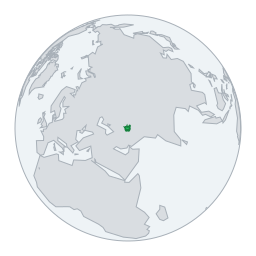 globe centered on Hirat, rotated 320°
{"feature_id": "AFG-1742", "entity_name": "Hirat", "entity_type": "Province", "adm_level": 1, "iso_a3": "AFG", "parent_name": "Afghanistan", "parent_adm1": "", "projection": "orthographic", "projection_center": [62.522, 34.206], "detail": "fine", "context": "on_globe", "style": "filled", "palette": "green", "viewbox_px": 256, "rotation_deg": 320, "n_neighbors": 0, "source": "natural_earth", "source_scale": "10m", "svg_char_len": 11679}
<svg xmlns="http://www.w3.org/2000/svg" viewBox="0 0 256 256"><g transform="rotate(320 128 128)"><circle cx="128" cy="128" r="113" fill="#eef3f6" stroke="#a8b0b8"/><path d="M143.0,16.4L145.0,16.8L155.1,19.8L160.5,21.2L157.6,20.8L169.3,24.0L176.2,27.3L167.0,23.5L165.0,23.0L169.0,24.9L167.9,25.0L169.1,26.0L167.4,25.9L162.1,24.1L160.9,24.1L163.8,25.5L163.9,26.6L159.8,24.4L159.5,26.2L150.7,24.0L141.2,19.5L135.0,19.4L121.5,17.9L121.4,18.5L116.2,18.7L114.1,19.5L112.2,19.3L112.1,20.2L114.2,20.3L114.9,20.8L113.9,21.4L111.3,21.1L111.4,20.7L110.1,21.0L109.3,20.6L109.1,21.1L106.1,20.9L107.5,22.0L103.8,22.7L102.2,22.3L104.4,21.1L106.4,18.3L105.5,18.1L102.0,18.7L90.9,22.0L89.0,22.5L85.0,23.9L85.0,24.1L88.2,23.0L87.3,23.9L91.3,22.8L91.5,23.1L94.8,22.8L92.0,24.2L87.6,25.9L84.7,26.4L82.7,27.3L83.5,28.1L76.4,30.7L68.7,35.4L67.1,36.1L67.3,34.6L71.9,31.0L72.2,30.2L69.7,32.2L65.8,34.4L64.2,35.5L63.0,36.4L63.6,36.3L61.8,37.5L63.6,35.6L65.2,34.5L64.7,35.0L66.8,33.5L67.4,33.1L74.2,29.1L81.2,25.5L88.6,22.5L96.1,20.0L103.7,18.0L111.5,16.6L119.3,15.7L127.2,15.4L135.2,15.6L143.0,16.4ZM164.6,22.3L162.3,21.4L165.0,22.3L164.6,22.3ZM169.6,26.2L170.6,26.5L170.9,26.9L169.6,26.2ZM96.1,22.0L95.5,22.4L95.2,22.3L96.1,22.0ZM98.1,21.6L98.3,21.2L99.3,21.0L99.2,21.2L98.1,21.6ZM168.4,27.3L168.4,28.1L167.5,27.0L168.4,27.3ZM97.7,22.2L101.0,20.6L102.7,20.2L103.8,20.9L97.7,22.2ZM167.8,28.3L168.0,30.5L170.3,31.2L163.9,30.6L165.9,28.8L164.3,27.2L166.4,28.2L167.8,28.3ZM115.4,20.1L113.1,20.0L116.0,19.6L115.4,20.1ZM117.1,19.7L125.0,18.2L127.9,18.8L124.7,19.1L129.2,19.6L126.7,20.6L123.7,20.5L122.3,19.9L122.4,20.8L117.1,19.7ZM160.3,30.0L159.6,30.3L159.4,29.6L160.3,30.0ZM115.4,20.9L116.8,20.5L119.4,20.9L117.2,21.9L117.0,21.5L115.4,20.9ZM131.6,19.4L133.2,20.0L131.6,20.9L131.9,21.3L126.9,20.7L131.6,19.4ZM115.9,21.7L116.0,22.5L113.8,22.8L114.3,21.4L115.9,21.7ZM121.0,20.7L122.1,21.0L120.8,21.1L121.0,20.7ZM106.1,24.9L107.6,24.2L109.1,24.3L106.1,24.9ZM116.2,22.7L116.9,22.6L117.7,22.6L117.3,23.3L116.2,22.7ZM126.1,21.5L125.1,21.8L128.1,21.8L127.0,22.6L123.9,22.1L124.8,22.7L124.5,23.0L122.2,22.3L126.1,21.5ZM119.1,24.0L114.7,23.9L111.5,25.1L110.1,25.0L115.5,23.1L119.1,24.0ZM121.2,23.0L119.6,23.6L118.6,23.0L119.1,22.3L121.2,23.0ZM127.5,23.5L129.9,22.3L130.5,22.4L127.5,23.5ZM118.4,24.4L119.5,24.5L118.3,24.6L118.4,24.4ZM124.9,23.8L125.7,23.3L126.4,23.5L124.9,23.8ZM121.0,25.0L119.6,24.9L119.8,24.4L121.0,25.0ZM122.9,24.6L123.7,25.0L120.8,24.3L123.2,24.3L122.9,24.6ZM125.4,24.1L126.1,24.1L125.0,24.3L125.4,24.1ZM120.7,27.2L117.1,26.5L117.7,25.3L121.2,26.1L120.7,27.2ZM20.4,134.0L20.7,114.8L23.0,110.9L25.2,104.0L43.0,92.4L44.8,96.5L56.5,101.8L57.6,103.6L54.0,108.5L61.1,120.8L65.9,117.6L74.5,125.5L81.5,127.7L87.9,117.9L76.3,114.1L76.5,108.2L87.4,106.8L97.8,110.5L98.2,108.4L93.4,102.0L97.6,99.0L92.0,99.5L92.9,102.1L89.4,102.6L88.3,100.3L89.9,99.2L87.2,97.3L80.6,103.2L80.9,106.5L72.9,104.9L72.5,110.3L69.7,111.7L69.2,103.1L70.7,100.6L68.3,90.1L66.1,92.5L68.2,102.7L66.7,101.3L63.7,105.1L64.8,101.1L63.2,89.7L57.2,87.9L46.3,94.1L43.5,92.6L42.6,88.2L49.7,78.8L55.3,83.3L57.9,80.4L59.5,74.3L61.0,76.3L62.4,74.5L64.7,76.1L70.7,73.8L73.6,75.0L78.5,70.0L80.6,70.1L77.1,72.9L76.1,75.8L83.4,79.2L85.6,78.7L88.2,75.3L89.9,76.9L91.5,73.1L97.0,73.7L91.7,70.0L94.7,66.4L99.4,64.7L99.4,63.0L91.7,65.8L89.5,67.6L89.2,70.1L82.3,74.9L79.3,74.7L82.8,67.5L78.8,66.5L83.3,61.7L101.3,56.5L107.5,56.7L112.2,64.6L109.3,66.4L106.1,64.4L106.6,69.6L107.7,67.5L109.1,69.0L112.3,66.3L113.4,67.2L114.6,63.2L116.3,64.0L115.6,66.6L121.8,63.7L126.1,64.9L127.0,63.8L126.7,62.3L132.4,65.1L132.8,64.2L131.0,62.9L130.7,60.4L132.2,57.2L134.1,58.3L133.8,59.6L136.0,64.2L134.9,67.8L135.8,68.0L137.2,65.2L134.6,59.5L135.0,57.3L136.7,59.7L136.1,58.6L136.9,57.9L139.5,58.3L137.8,55.6L144.0,47.0L149.6,47.3L150.4,50.2L156.8,46.4L162.6,47.6L160.9,46.3L162.9,44.1L161.1,43.6L160.5,42.9L164.7,37.7L167.1,37.5L167.1,34.5L166.3,33.9L164.5,33.8L163.9,30.6L170.3,31.2L171.8,32.4L174.8,32.3L177.9,35.2L181.8,37.7L183.5,41.4L186.5,43.3L187.3,43.1L191.9,45.8L198.7,52.6L189.6,48.0L178.8,39.3L182.9,42.8L180.9,42.4L181.7,44.0L184.7,46.6L185.7,46.6L185.0,54.0L190.1,62.9L192.3,60.6L195.7,61.8L203.4,71.4L206.5,89.0L211.0,92.1L212.6,95.1L211.5,98.3L209.2,94.0L206.4,93.8L205.2,91.0L202.8,95.2L201.0,91.5L200.0,96.9L202.5,99.2L205.3,96.6L205.1,103.3L210.5,106.5L213.2,112.5L211.3,126.8L206.3,133.3L206.4,135.4L203.3,134.4L200.8,139.8L207.9,148.5L208.3,151.7L203.4,160.1L203.0,157.9L194.8,155.2L194.4,163.2L200.7,167.0L202.9,173.2L198.6,172.8L196.2,167.4L193.3,166.2L193.3,159.6L189.3,150.7L184.8,154.1L184.4,150.0L178.2,143.1L171.4,147.5L161.1,160.5L161.0,170.7L156.9,175.7L148.7,162.1L146.4,152.1L142.6,153.4L134.8,145.1L118.9,144.4L117.5,141.5L114.3,142.6L109.0,139.4L107.1,134.7L103.5,134.6L108.8,146.9L112.8,147.1L117.2,143.0L117.8,147.2L123.1,151.2L114.4,160.4L92.1,166.0L91.3,158.1L81.5,133.6L82.6,131.3L82.6,131.0L82.5,130.4L80.2,134.0L79.0,129.1L82.8,146.0L82.8,152.6L91.8,166.4L90.6,167.4L93.9,170.4L106.2,169.3L106.0,171.8L99.3,182.2L83.6,193.6L86.5,203.1L86.7,210.1L78.7,212.3L81.2,217.5L77.3,217.9L78.3,220.4L76.2,221.9L72.1,222.1L63.1,217.9L61.0,215.5L54.3,208.6L44.3,193.0L45.0,188.2L43.6,182.7L37.2,167.3L38.5,161.3L37.2,157.3L34.2,155.8L32.8,151.0L31.2,149.5L22.1,142.0L20.4,134.0ZM34.6,100.9L33.6,102.8L34.6,100.9ZM107.4,120.0L114.6,121.6L113.8,114.2L116.5,114.3L115.2,111.9L113.7,113.7L111.0,107.3L114.9,105.8L115.3,102.7L112.9,102.1L106.1,105.9L109.9,115.0L107.3,117.6L107.4,120.0ZM65.7,34.5L64.1,35.8L64.2,35.5L65.7,34.5ZM61.1,39.6L58.3,41.5L60.4,39.9L60.0,39.7L63.9,36.4L66.5,36.3L64.6,36.8L61.1,39.6ZM69.9,32.3L67.1,34.2L70.1,32.2L69.9,32.3ZM67.5,63.9L67.4,65.8L65.1,67.3L61.6,66.5L64.8,64.2L67.5,63.9ZM67.7,68.1L72.3,61.6L74.6,62.1L72.5,62.9L73.7,63.9L70.6,65.4L68.4,72.5L66.3,74.5L61.0,71.5L63.9,71.3L63.8,69.3L67.7,68.1ZM79.6,46.7L81.6,44.6L84.2,48.3L82.0,49.9L78.3,49.0L78.7,46.6L79.6,46.7ZM98.9,24.0L99.5,23.4L100.3,23.5L100.3,23.9L98.9,24.0ZM106.7,24.6L97.1,26.6L97.3,26.0L91.5,28.3L89.7,27.7L93.5,26.2L87.8,27.6L90.6,26.0L86.6,27.2L95.4,23.9L97.6,22.7L95.8,24.2L97.3,24.7L98.7,24.6L104.2,23.6L109.8,21.6L112.3,22.1L112.5,23.0L111.5,23.5L110.2,23.0L109.8,24.1L107.3,23.7L106.7,24.6ZM113.8,36.5L112.8,35.0L111.5,38.4L108.9,37.6L109.0,38.1L106.2,38.3L102.9,39.5L102.1,38.8L101.2,39.6L99.3,39.9L97.8,40.7L95.7,40.0L93.7,41.1L93.8,40.1L90.9,42.2L92.2,40.4L89.9,40.8L89.9,42.3L82.3,37.6L78.1,37.5L74.0,38.6L76.7,35.7L82.3,33.0L88.9,31.2L92.5,31.9L93.1,30.6L95.0,30.6L93.7,31.6L96.8,30.1L98.0,30.4L103.9,29.6L107.5,27.6L109.8,27.4L108.9,28.3L111.7,27.5L111.7,29.2L113.3,29.2L114.9,31.0L112.4,33.1L114.4,32.9L115.6,34.5L113.8,36.5ZM121.1,27.7L118.7,30.2L116.1,31.0L114.4,27.5L113.0,27.4L111.8,25.4L115.6,24.3L115.6,25.0L116.5,25.3L114.9,25.5L116.8,25.6L116.8,26.6L118.3,27.0L117.1,27.6L121.1,27.7ZM60.2,102.5L61.3,103.5L63.3,104.3L61.4,106.8L60.2,102.5ZM58.9,94.8L60.0,95.1L58.4,98.8L57.3,97.9L58.9,94.8ZM62.1,92.2L60.2,94.8L60.6,92.9L62.1,92.2ZM78.3,73.1L79.8,73.3L79.4,74.2L77.9,75.1L78.3,73.1ZM109.7,47.4L109.5,46.2L110.3,46.0L112.0,43.4L114.1,43.9L113.9,45.7L109.7,47.4ZM85.1,119.1L82.3,120.5L81.6,119.2L82.7,119.0L85.1,119.1ZM70.7,113.7L73.3,116.3L70.1,114.4L70.7,113.7ZM112.3,47.6L112.7,46.4L113.5,47.5L112.3,47.6ZM115.7,44.2L116.8,45.2L114.6,43.7L115.7,44.2ZM136.3,239.5L137.8,239.6L135.9,239.8L136.3,239.5ZM105.3,212.2L100.8,222.6L95.6,221.8L93.6,218.4L94.4,211.8L100.1,210.7L102.6,207.7L105.3,212.2ZM220.6,178.0L222.3,176.9L222.2,177.4L220.6,178.0ZM218.8,178.0L221.0,176.6L218.2,179.2L218.8,178.0ZM221.8,176.0L224.0,173.5L224.9,172.1L224.7,173.1L221.8,176.0ZM217.2,179.1L208.0,184.4L204.0,185.2L205.2,183.2L211.5,180.4L217.2,179.1ZM204.8,183.3L198.6,181.8L188.7,172.1L192.3,171.2L202.4,175.4L201.8,177.0L205.5,178.8L204.8,183.3ZM219.1,167.6L218.5,172.0L213.6,174.7L211.2,175.3L209.6,171.0L210.5,167.8L212.5,166.8L219.2,153.2L221.7,153.9L219.9,159.2L221.9,161.5L219.1,167.6ZM161.6,171.6L164.6,176.9L162.3,178.3L161.6,171.6ZM221.0,144.7L218.9,150.7L220.6,143.5L221.0,144.7ZM221.6,138.4L222.1,140.4L220.7,139.1L221.6,138.4ZM207.1,138.4L205.0,140.0L204.6,138.5L206.9,135.6L207.1,138.4ZM215.3,117.7L216.7,122.3L216.8,124.1L215.2,121.9L215.3,117.7ZM130.6,52.5L125.9,55.4L123.8,58.2L124.8,60.9L121.3,58.6L124.5,54.2L130.6,52.5ZM142.2,47.5L141.3,45.5L143.0,45.7L143.4,46.2L142.2,47.5ZM140.7,46.7L137.1,45.5L137.4,44.0L140.2,45.2L140.7,46.7ZM124.5,46.1L123.0,46.9L122.4,46.0L124.5,46.1ZM212.7,202.3L204.0,210.9L201.9,212.2L204.4,209.7L206.4,204.9L207.3,204.4L209.1,200.3L218.3,190.7L225.4,178.6L228.2,175.9L231.7,167.4L234.0,164.3L232.0,170.0L232.8,169.2L228.9,178.1L224.2,186.6L218.8,194.7L212.7,202.3ZM233.2,168.2L237.0,156.1L236.4,158.5L233.2,168.2ZM224.9,174.8L227.7,169.7L228.8,168.3L224.9,174.8ZM238.6,149.2L238.6,148.9L237.5,153.8L235.7,157.7L236.5,154.9L236.5,152.6L233.9,155.8L233.4,154.8L234.5,152.0L232.4,153.2L234.8,149.4L235.5,152.0L236.7,147.2L238.3,144.9L239.3,143.0L239.6,143.2L239.3,145.0L239.3,145.3L238.6,149.2ZM234.3,157.9L234.6,157.3L234.2,158.9L234.3,157.9ZM239.8,141.8L239.9,141.2L239.8,141.8ZM229.5,160.3L229.3,161.5L228.6,161.4L229.5,160.3ZM230.5,158.7L232.4,157.6L230.2,159.9L230.5,158.7ZM223.2,161.5L223.9,163.4L226.3,159.9L224.5,163.7L225.9,166.5L225.2,168.6L223.9,165.4L223.0,170.5L221.9,171.2L221.5,167.7L222.8,162.0L223.9,159.1L228.1,154.7L223.2,161.5ZM230.5,155.6L230.0,153.2L230.4,150.8L231.0,151.7L230.5,155.6ZM227.8,147.7L225.7,145.6L224.2,148.3L226.8,140.6L228.5,143.9L227.8,147.7ZM225.4,141.1L224.0,143.6L225.1,139.4L225.4,141.1ZM223.4,142.7L222.8,140.4L224.1,139.7L223.4,142.7ZM226.2,140.6L225.7,136.1L226.7,138.1L226.2,140.6ZM221.2,135.2L224.7,137.2L220.9,138.2L218.8,130.1L220.3,128.8L221.2,135.2ZM217.3,95.5L215.9,93.4L216.7,91.8L217.5,93.6L217.3,95.5ZM218.0,85.4L216.5,90.7L215.0,95.4L216.3,95.6L217.6,100.2L214.6,97.6L214.3,91.6L215.7,88.8L214.2,85.3L214.2,81.6L211.5,77.9L210.9,75.6L213.8,78.2L218.0,85.4ZM210.3,76.5L205.5,69.6L207.9,68.5L209.4,69.8L210.6,73.3L209.3,73.7L210.3,76.5ZM205.1,67.7L203.8,68.1L194.1,60.4L192.7,58.6L201.2,63.4L200.5,64.1L202.4,66.3L205.1,67.7ZM160.7,30.8L159.7,30.4L160.8,30.4L160.7,30.8ZM159.5,42.7L158.8,41.7L160.1,41.7L159.5,42.7ZM157.7,39.0L156.6,39.8L157.0,38.5L157.7,39.0ZM154.4,41.6L155.8,39.8L155.6,42.2L154.4,41.6Z" fill="#d9dde1" stroke="#a8b0b8" stroke-width="1"/><path d="M128.1,126.0L128.3,126.0L128.3,125.9L128.5,125.8L128.4,126.0L128.3,126.3L128.2,126.4L128.2,126.6L128.2,126.8L128.3,126.8L128.5,126.9L128.6,127.0L128.8,127.0L129.0,127.2L129.4,127.2L129.5,127.2L129.6,127.3L129.8,127.3L130.0,127.3L130.4,127.3L130.5,127.2L130.9,127.0L131.0,127.1L131.1,127.3L130.9,127.4L130.7,127.4L130.7,127.5L130.7,127.8L130.4,127.9L130.4,128.0L130.2,128.0L130.1,127.9L129.8,127.9L129.6,127.9L129.6,128.0L129.4,128.2L129.4,128.3L129.5,128.4L129.6,128.5L129.7,128.8L129.6,129.0L129.4,129.1L129.2,129.2L128.9,129.3L128.9,129.5L129.0,129.5L129.0,129.8L128.9,129.8L128.9,130.0L128.7,130.1L128.4,130.1L128.2,130.3L128.0,130.2L128.0,130.3L127.9,130.3L127.8,130.5L127.7,130.6L127.4,130.7L127.3,130.8L127.2,130.8L127.2,130.7L126.9,130.7L126.7,130.6L126.6,130.4L126.7,130.2L126.8,130.2L126.8,129.9L126.7,129.8L126.8,129.8L126.8,129.7L126.9,129.4L126.7,129.4L126.4,129.3L126.2,129.5L126.2,129.4L125.9,129.5L125.8,129.4L125.6,129.4L125.4,129.3L125.2,129.3L124.9,129.2L124.7,129.1L124.7,128.9L124.7,128.7L124.7,128.4L124.7,128.2L124.8,127.9L125.0,127.8L124.9,127.8L125.4,127.8L125.3,127.7L125.2,127.6L125.1,127.4L125.3,127.3L125.3,127.2L125.5,127.1L125.5,126.9L125.7,126.7L125.7,126.4L125.8,126.2L125.7,126.1L125.7,125.9L125.8,125.9L125.9,125.7L126.0,125.5L126.0,125.4L126.0,125.2L126.1,125.3L126.4,125.5L126.5,125.6L126.8,125.6L127.0,125.5L127.4,125.8L127.5,125.8L127.6,126.0L127.8,125.9L128.0,126.0L128.1,126.0Z" fill="#22c55e" stroke="#15803d" stroke-width="1.5"/></g></svg>